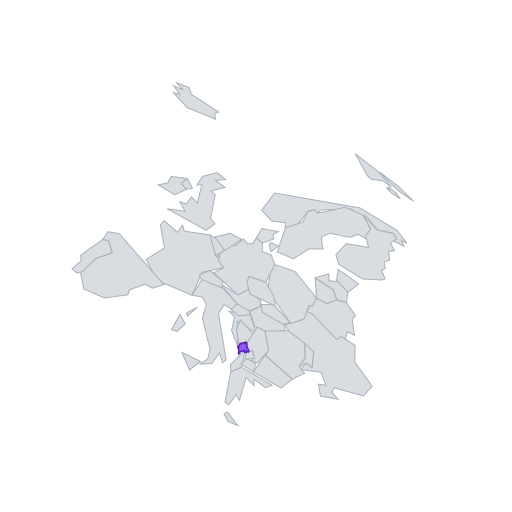 location of Montenegro within Europe, rotated 40°
{"feature_id": "MNE", "entity_name": "Montenegro", "entity_type": "country or territory", "adm_level": 0, "iso_a3": "MNE", "parent_name": "Europe", "parent_adm1": "", "projection": "equal_earth", "projection_center": [19.258, 42.706], "detail": "fine", "context": "in_parent", "style": "filled", "palette": "violet", "viewbox_px": 512, "rotation_deg": 40, "n_neighbors": 37, "source": "natural_earth", "source_scale": "50m", "svg_char_len": 8563}
<svg xmlns="http://www.w3.org/2000/svg" viewBox="0 0 512 512"><g transform="rotate(40 256 256)"><path d="M266.2,113.9L295.3,112.8L315.5,115.9L304.3,117.1L295.6,122.9L290.1,123.0L266.2,113.9ZM363.1,153.6L351.1,156.0L352.8,152.6L346.4,150.6L332.3,158.1L315.0,154.5L308.4,159.4L299.1,158.6L276.0,179.1L275.9,183.4L270.7,183.3L267.0,188.8L267.8,207.4L260.4,215.6L257.0,211.6L245.6,219.2L230.9,217.3L229.8,195.8L304.9,152.3L348.0,145.8L363.5,149.2L357.4,150.5L363.1,153.6ZM341.3,112.8L322.0,114.6L297.0,112.1L321.4,111.2L341.3,112.8ZM329.9,119.4L319.9,120.7L311.9,119.9L315.0,119.1L312.3,118.1L321.5,117.5L329.9,119.4Z" fill="#d9dde1" stroke="#a8b0b8" stroke-width="1"/><path d="M207.3,269.5L238.9,285.5L225.2,303.2L232.1,327.2L196.3,338.2L174.0,329.4L180.7,308.7L162.7,293.6L162.9,288.0L180.6,288.3L179.9,279.7L185.1,283.0L207.3,269.5ZM239.4,344.4L243.9,332.8L242.2,346.1L239.4,344.4Z" fill="#d9dde1" stroke="#a8b0b8" stroke-width="1"/><path d="M260.4,215.6L270.0,200.0L267.0,188.8L270.7,183.3L275.9,183.4L292.9,161.4L312.1,155.8L326.6,161.8L328.8,172.2L320.2,173.8L316.2,181.2L297.9,191.1L293.9,199.7L302.8,207.6L292.0,216.5L286.4,234.1L269.7,239.2L260.4,215.6Z" fill="#d9dde1" stroke="#a8b0b8" stroke-width="1"/><path d="M355.2,233.6L370.7,237.9L370.5,243.0L382.4,253.4L374.6,255.4L378.0,262.5L371.3,268.2L330.2,266.3L329.4,249.4L341.0,246.8L346.0,237.4L355.2,233.6Z" fill="#d9dde1" stroke="#a8b0b8" stroke-width="1"/><path d="M401.6,311.6L410.9,313.0L395.5,321.9L386.1,314.2L392.7,310.0L380.6,303.3L363.0,314.4L363.6,305.4L370.7,305.5L361.7,292.4L339.0,295.3L322.2,290.0L332.8,274.9L330.2,266.3L336.1,264.0L371.3,268.2L373.1,262.9L389.3,260.8L399.9,273.7L428.6,281.1L428.3,294.1L400.8,306.7L401.6,311.6Z" fill="#d9dde1" stroke="#a8b0b8" stroke-width="1"/><path d="M329.4,249.4L331.5,258.2L328.1,259.7L333.3,272.8L326.2,285.4L287.2,274.9L275.4,256.1L275.9,250.5L296.0,242.8L329.4,249.4Z" fill="#d9dde1" stroke="#a8b0b8" stroke-width="1"/><path d="M291.6,292.3L285.6,303.5L277.2,305.5L246.2,300.2L267.2,297.4L271.5,286.6L288.8,287.3L291.6,292.3Z" fill="#d9dde1" stroke="#a8b0b8" stroke-width="1"/><path d="M322.2,290.0L326.0,294.2L316.0,306.4L300.4,310.8L286.8,302.2L291.6,292.3L322.2,290.0Z" fill="#d9dde1" stroke="#a8b0b8" stroke-width="1"/><path d="M349.4,291.6L361.7,292.4L370.7,305.5L363.6,305.4L360.2,312.9L359.0,302.5L349.4,291.6Z" fill="#d9dde1" stroke="#a8b0b8" stroke-width="1"/><path d="M360.2,312.9L368.6,314.4L362.9,327.1L328.1,326.2L311.1,307.9L328.6,292.5L349.4,291.6L359.0,302.5L360.2,312.9Z" fill="#d9dde1" stroke="#a8b0b8" stroke-width="1"/><path d="M346.0,237.4L341.0,246.8L329.4,249.4L315.4,234.6L336.6,232.2L346.0,237.4Z" fill="#d9dde1" stroke="#a8b0b8" stroke-width="1"/><path d="M349.7,224.7L355.2,233.6L346.0,237.4L336.6,232.2L315.4,234.6L323.3,222.9L327.8,227.9L337.8,221.4L349.7,224.7Z" fill="#d9dde1" stroke="#a8b0b8" stroke-width="1"/><path d="M352.6,211.5L349.7,224.7L333.2,222.6L327.5,213.4L352.6,211.5Z" fill="#d9dde1" stroke="#a8b0b8" stroke-width="1"/><path d="M275.9,250.5L280.5,269.8L263.9,276.1L271.5,286.6L267.2,297.4L234.3,296.2L238.9,285.5L230.4,284.1L227.3,277.1L228.1,264.3L233.3,261.5L235.7,251.0L241.5,252.2L245.6,248.6L244.6,242.0L252.5,241.8L257.8,248.7L267.0,245.4L275.9,250.5Z" fill="#d9dde1" stroke="#a8b0b8" stroke-width="1"/><path d="M326.3,322.9L328.1,326.2L362.9,327.1L360.0,341.0L328.5,346.5L326.3,322.9Z" fill="#d9dde1" stroke="#a8b0b8" stroke-width="1"/><path d="M351.2,397.5L341.0,400.8L333.1,397.6L334.2,394.0L351.2,397.5ZM316.4,350.5L351.5,344.6L348.2,350.7L333.5,351.8L338.0,356.5L326.6,355.4L336.1,377.3L330.1,375.0L330.6,387.8L326.2,387.9L311.0,360.7L316.4,350.5Z" fill="#d9dde1" stroke="#a8b0b8" stroke-width="1"/><path d="M316.4,350.5L311.0,360.7L306.2,355.5L308.3,335.4L316.4,350.5Z" fill="#d9dde1" stroke="#a8b0b8" stroke-width="1"/><path d="M288.9,304.9L306.1,314.9L283.7,318.2L300.2,337.1L285.2,328.8L278.6,316.2L271.0,315.7L288.9,304.9Z" fill="#d9dde1" stroke="#a8b0b8" stroke-width="1"/><path d="M247.1,296.9L251.3,305.1L232.2,310.6L224.8,306.7L229.9,296.8L247.1,296.9Z" fill="#d9dde1" stroke="#a8b0b8" stroke-width="1"/><path d="M225.8,277.4L227.7,282.1L224.8,281.6L225.8,277.4Z" fill="#d9dde1" stroke="#a8b0b8" stroke-width="1"/><path d="M228.4,272.0L224.8,281.6L207.3,269.5L221.9,267.1L228.4,272.0Z" fill="#d9dde1" stroke="#a8b0b8" stroke-width="1"/><path d="M234.4,252.5L228.4,272.0L212.2,268.0L221.5,255.3L234.4,252.5Z" fill="#d9dde1" stroke="#a8b0b8" stroke-width="1"/><path d="M127.9,342.0L133.2,338.7L144.0,346.1L135.1,360.6L136.5,373.7L129.9,384.2L123.2,384.0L125.1,372.1L121.2,368.1L127.9,342.0Z" fill="#d9dde1" stroke="#a8b0b8" stroke-width="1"/><path d="M132.8,382.0L135.1,360.6L144.0,346.1L133.2,338.7L127.9,342.0L127.0,332.6L136.7,326.8L203.7,337.1L197.2,347.4L189.0,349.1L180.8,363.3L182.8,368.1L166.7,385.7L145.2,391.9L132.8,382.0Z" fill="#d9dde1" stroke="#a8b0b8" stroke-width="1"/><path d="M159.8,249.7L154.3,261.3L135.2,264.5L141.4,256.9L139.9,249.6L153.7,240.8L152.2,248.4L159.8,249.7Z" fill="#d9dde1" stroke="#a8b0b8" stroke-width="1"/><path d="M251.9,301.9L272.2,304.9L272.8,312.1L262.9,313.7L264.1,324.0L299.7,354.6L299.2,359.1L290.2,353.9L291.2,366.7L282.3,375.1L285.2,366.2L280.9,357.1L254.9,338.1L249.3,325.4L241.4,321.8L232.1,327.2L229.7,308.9L251.9,301.9ZM261.3,377.6L281.3,372.4L278.4,386.1L261.3,377.6ZM235.3,349.7L245.5,353.4L244.1,364.4L238.5,366.7L235.3,349.7Z" fill="#d9dde1" stroke="#a8b0b8" stroke-width="1"/><path d="M252.5,241.8L244.6,242.0L243.0,231.1L257.4,223.0L255.2,228.7L258.7,231.6L252.5,241.8ZM266.7,234.0L264.7,243.1L259.0,239.2L258.4,236.3L266.7,234.0Z" fill="#d9dde1" stroke="#a8b0b8" stroke-width="1"/><path d="M159.8,249.7L152.2,248.4L153.7,240.8L163.7,244.9L159.8,249.7ZM177.0,253.0L168.8,236.3L165.1,239.6L163.9,229.4L172.6,217.1L183.6,217.0L176.4,224.2L188.2,223.3L179.8,235.0L185.5,235.4L197.0,256.5L203.8,257.8L201.2,268.4L157.6,276.9L172.9,267.4L162.8,263.3L169.2,261.0L168.6,252.4L177.0,253.0Z" fill="#d9dde1" stroke="#a8b0b8" stroke-width="1"/><path d="M134.9,169.7L132.6,173.3L137.1,177.2L107.9,186.6L87.6,183.9L93.7,181.3L83.6,178.5L93.6,175.7L83.4,174.4L96.3,170.0L102.7,173.7L134.9,169.7Z" fill="#d9dde1" stroke="#a8b0b8" stroke-width="1"/><path d="M272.2,304.9L286.8,302.2L288.9,304.9L281.3,313.2L271.4,312.8L272.2,304.9Z" fill="#d9dde1" stroke="#a8b0b8" stroke-width="1"/><path d="M352.8,152.6L350.7,159.6L358.7,163.1L354.5,167.1L361.0,173.3L358.0,178.2L363.1,182.5L361.4,186.3L369.5,190.4L367.9,193.4L352.6,205.0L324.8,209.2L316.3,203.6L317.2,188.4L336.7,177.2L327.0,170.1L326.6,161.8L312.1,155.8L332.3,158.1L346.4,150.6L352.8,152.6Z" fill="#d9dde1" stroke="#a8b0b8" stroke-width="1"/><path d="M324.9,285.0L320.9,290.8L296.9,295.1L291.1,289.7L301.1,281.9L324.9,285.0Z" fill="#d9dde1" stroke="#a8b0b8" stroke-width="1"/><path d="M280.5,269.8L295.3,275.3L302.9,281.9L275.9,289.0L265.4,281.5L263.9,276.1L280.5,269.8Z" fill="#d9dde1" stroke="#a8b0b8" stroke-width="1"/><path d="M300.9,335.7L288.0,324.4L285.1,314.9L306.0,317.9L306.5,328.3L300.9,335.7Z" fill="#d9dde1" stroke="#a8b0b8" stroke-width="1"/><path d="M324.8,338.4L328.5,346.5L313.8,348.5L314.7,340.6L324.8,338.4Z" fill="#d9dde1" stroke="#a8b0b8" stroke-width="1"/><path d="M302.7,309.6L311.1,307.9L326.5,320.1L325.8,337.2L319.8,339.0L315.0,330.7L311.5,334.4L305.0,328.6L302.7,309.6Z" fill="#d9dde1" stroke="#a8b0b8" stroke-width="1"/><path d="M313.6,342.2L310.4,336.2L313.9,331.1L321.0,335.4L313.6,342.2Z" fill="#d9dde1" stroke="#a8b0b8" stroke-width="1"/><path d="M304.9,328.5L304.9,328.9L305.0,329.2L305.5,329.5L306.3,330.1L307.1,331.1L307.5,331.5L307.9,331.5L308.5,332.0L309.0,332.1L309.6,332.2L311.0,333.1L311.6,333.4L312.0,333.7L312.1,334.1L312.1,334.3L311.3,334.5L311.1,334.9L310.7,334.8L310.3,334.8L310.1,335.0L310.3,335.4L310.5,335.9L310.4,336.5L310.2,336.5L309.5,336.9L309.1,337.0L308.6,337.1L308.4,337.0L308.3,336.7L308.3,336.1L308.2,335.8L308.1,335.7L307.8,335.9L307.4,336.4L307.1,337.0L306.6,337.6L306.2,338.2L305.7,339.0L305.4,339.6L305.7,340.0L305.9,340.4L305.9,340.8L305.9,341.0L305.8,341.7L305.8,342.1L304.8,341.4L304.4,340.5L303.0,339.0L301.4,337.9L301.4,337.6L301.5,337.4L301.1,337.4L300.9,337.5L300.7,337.5L300.4,337.1L300.2,336.7L300.2,336.4L300.3,336.4L300.8,335.9L300.8,335.5L300.4,334.7L300.3,334.1L300.2,333.1L300.3,332.9L300.5,332.8L301.3,332.6L301.3,331.8L301.4,331.6L301.6,331.3L301.7,331.0L302.1,330.6L302.8,330.1L303.0,330.0L303.3,330.1L303.6,330.5L303.9,330.5L303.9,330.0L303.5,329.3L303.3,328.8L303.4,328.6L303.5,328.5L303.9,328.5L304.2,328.7L304.4,328.6L304.7,328.5L304.9,328.5Z" fill="#8b5cf6" stroke="#5b21b6" stroke-width="1.5"/></g></svg>